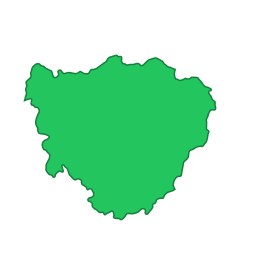 outline of San José de Las Matas, Santiago, Dominican Republic, rotated 253°
{"feature_id": "3306468B48570951315042", "entity_name": "San José de Las Matas", "entity_type": "district", "adm_level": 2, "iso_a3": "DOM", "parent_name": "Dominican Republic", "parent_adm1": "Santiago", "projection": "albers", "projection_center": [-71.019, 19.237], "detail": "fine", "context": "isolated", "style": "filled", "palette": "green", "viewbox_px": 256, "rotation_deg": 253, "n_neighbors": 0, "source": "geoboundaries", "source_scale": "gbopen_adm2", "svg_char_len": 5740}
<svg xmlns="http://www.w3.org/2000/svg" viewBox="0 0 256 256"><g transform="rotate(253 128 128)"><path d="M170.2,190.3L171.3,188.7L173.7,186.1L174.5,184.5L175.2,183.7L176.8,182.8L178.9,181.3L179.4,181.1L181.0,180.7L181.9,180.3L185.9,176.4L186.4,175.7L186.9,175.0L187.0,174.3L187.1,173.1L187.1,169.1L187.0,167.6L186.7,166.8L185.7,164.7L183.9,161.3L183.7,160.5L183.6,159.7L183.8,158.9L184.1,158.5L184.7,158.0L186.2,157.2L186.7,156.6L186.9,156.1L187.1,155.0L187.2,151.3L188.0,149.1L188.3,146.2L188.5,145.4L188.8,145.0L190.0,143.9L191.0,142.2L191.6,141.7L192.1,141.5L193.0,141.4L194.2,141.4L195.1,141.7L196.6,142.4L197.4,142.5L198.1,142.3L198.6,141.7L199.0,139.7L199.2,139.4L200.5,138.7L200.9,138.1L201.0,136.6L201.0,132.3L201.0,131.1L200.8,130.2L200.2,129.1L198.2,126.9L197.6,125.9L197.2,124.1L196.5,122.4L196.0,120.6L195.4,119.2L194.9,117.3L194.2,115.7L194.1,115.1L194.0,113.9L194.0,112.4L194.2,111.5L194.6,110.2L194.5,109.7L194.2,109.1L192.6,107.4L192.0,106.6L191.7,105.8L191.8,104.5L191.9,104.0L193.2,101.6L194.3,100.4L195.7,99.4L195.9,99.0L196.0,98.3L195.4,97.1L195.2,96.2L195.2,94.4L195.4,93.5L198.3,87.8L198.5,86.6L198.6,83.6L198.8,82.6L199.3,82.0L200.6,81.4L202.7,80.7L203.0,80.4L203.3,79.6L203.3,78.8L203.2,78.2L202.6,77.6L201.9,77.4L199.6,77.3L199.1,77.2L198.7,76.9L197.5,75.0L197.4,73.9L197.5,73.1L198.0,72.2L199.0,71.7L200.2,71.5L203.9,71.6L204.7,71.5L205.2,71.2L206.7,69.4L208.8,67.1L209.8,66.4L211.2,65.6L211.7,65.1L213.2,63.1L213.8,62.6L214.8,62.3L215.4,61.5L215.8,60.8L216.0,59.4L215.8,58.0L214.6,55.4L214.3,54.9L213.3,53.9L212.4,53.2L211.2,52.6L209.1,51.1L208.3,50.8L205.9,50.5L205.0,50.0L204.4,49.1L202.8,45.6L201.7,44.0L200.8,43.7L198.6,43.6L197.5,43.3L196.8,42.9L195.5,41.8L194.7,41.5L193.9,41.3L191.4,41.2L190.5,41.0L189.8,40.6L188.3,39.3L186.8,38.6L184.5,37.1L184.7,39.2L184.7,42.0L184.6,43.1L184.2,43.8L183.7,44.2L183.2,44.2L181.5,43.4L180.0,42.6L179.2,42.4L178.5,42.5L177.9,42.9L177.3,44.2L176.9,44.5L175.6,44.9L175.0,45.4L174.6,46.0L174.0,47.6L173.7,47.9L173.2,48.1L172.1,48.2L170.9,48.2L170.0,48.0L169.4,47.8L168.7,47.2L166.5,45.2L165.3,44.3L164.5,43.6L162.6,42.4L160.3,41.3L159.1,41.1L157.3,41.1L156.1,41.2L154.6,41.7L152.5,41.1L150.4,41.0L149.6,41.1L148.9,41.5L147.9,43.2L147.3,44.6L146.0,47.2L144.0,49.5L143.3,49.9L142.8,50.1L142.3,50.0L141.9,49.8L141.0,48.1L140.8,47.3L140.5,44.8L140.3,44.1L139.5,42.8L139.1,42.2L137.1,41.1L136.3,40.9L134.8,40.8L133.3,40.9L132.2,41.1L131.7,41.5L131.2,42.6L130.9,43.0L129.2,43.5L125.8,45.2L124.8,45.3L124.1,45.1L121.8,43.8L117.7,39.8L116.5,38.9L115.8,38.6L114.2,38.2L112.6,37.5L111.2,37.3L109.1,37.9L107.0,38.8L106.3,39.5L105.6,40.8L105.2,41.3L103.1,42.0L102.7,42.4L102.6,42.9L102.6,43.5L102.9,44.0L103.3,44.2L104.7,44.9L105.8,46.6L106.8,49.0L106.9,49.8L106.7,50.3L105.3,51.9L105.1,52.3L105.1,52.8L105.2,53.2L105.7,53.5L106.2,53.6L109.8,53.5L111.2,53.7L111.6,54.1L111.7,54.5L111.7,55.2L111.2,55.8L109.4,56.4L107.5,57.7L106.8,58.0L105.6,58.2L102.0,58.2L100.5,58.3L95.4,60.8L94.5,61.5L93.9,62.3L93.8,63.0L94.1,64.3L94.1,65.0L93.8,65.7L93.0,67.2L92.4,67.6L91.1,68.1L90.7,68.1L89.7,67.6L88.9,67.5L88.1,67.5L87.5,67.6L86.8,68.1L85.0,69.8L84.1,70.5L83.3,70.7L81.8,70.8L81.1,71.0L80.8,71.4L80.7,71.8L81.1,73.0L81.1,73.6L80.4,75.0L79.8,75.4L77.4,75.7L75.9,76.2L75.2,76.0L73.4,75.2L72.7,74.4L72.5,73.6L72.4,70.5L72.2,69.7L71.6,68.9L70.9,68.6L70.4,68.6L69.7,68.9L69.2,69.4L68.4,70.6L66.8,71.5L65.8,71.7L64.2,71.0L63.4,71.0L62.7,71.2L60.7,72.2L60.0,72.9L59.1,74.0L56.3,75.5L55.7,76.0L55.2,76.9L54.9,78.9L54.6,79.5L53.9,79.9L52.4,80.0L52.0,80.3L51.8,80.7L51.8,81.2L52.5,82.9L52.9,86.3L53.4,87.8L53.3,88.3L53.1,88.7L52.5,89.1L52.0,89.3L48.7,89.3L48.1,88.6L47.6,88.3L47.1,88.2L46.3,88.3L45.9,88.6L44.8,90.8L44.3,92.5L43.7,93.3L42.6,94.1L42.4,94.8L42.4,95.6L42.5,96.1L43.6,98.3L44.3,99.3L46.0,101.1L46.4,102.0L45.6,105.1L44.9,106.5L44.7,107.3L44.5,108.8L44.5,111.2L44.7,113.3L46.5,117.0L46.7,117.5L46.7,118.3L45.9,119.8L45.6,120.2L45.2,120.5L44.7,120.6L44.0,120.5L43.5,120.4L42.2,119.7L41.7,119.6L41.2,119.7L40.7,119.9L40.4,120.2L40.1,120.7L40.0,120.9L40.1,121.7L40.4,122.2L41.8,124.0L42.7,125.7L44.7,128.3L45.3,128.6L47.0,128.9L47.6,129.2L47.9,129.8L48.1,131.6L48.4,132.4L49.1,133.1L50.6,134.0L51.2,134.8L51.5,135.9L51.5,137.9L51.3,139.0L50.7,140.2L50.6,140.9L50.9,141.5L52.3,142.6L53.3,143.6L53.7,144.3L54.7,146.4L54.9,147.9L55.0,152.4L55.1,153.2L55.7,155.0L57.6,154.5L58.8,154.5L60.1,154.6L60.9,154.8L63.0,155.9L63.6,156.3L64.9,157.5L66.1,158.8L67.0,160.9L67.1,161.8L66.7,163.1L66.6,163.8L66.7,164.5L67.0,164.9L68.7,165.9L69.9,166.5L75.9,169.6L76.9,170.0L78.8,171.1L79.1,171.4L80.0,172.9L80.7,174.6L81.9,176.5L83.7,177.7L87.3,179.3L88.0,180.0L88.3,180.5L88.5,181.3L88.7,184.6L89.4,186.3L89.7,187.7L89.7,189.5L89.6,191.0L89.4,191.9L88.8,193.2L88.7,193.7L88.8,194.2L89.2,195.0L90.4,196.5L91.4,198.2L92.2,199.0L92.9,199.6L95.3,201.0L98.9,202.8L100.4,204.0L101.0,204.3L101.8,204.2L103.4,203.0L103.9,202.8L104.4,202.8L104.9,202.9L106.3,203.5L108.1,204.0L109.8,204.7L112.2,205.1L113.0,205.3L113.9,206.0L116.0,207.9L117.7,208.8L118.3,209.3L119.6,210.5L120.5,211.6L120.9,212.3L120.9,213.4L120.7,214.2L120.1,215.5L120.0,216.3L120.2,216.8L120.5,217.2L121.4,217.7L125.0,218.0L126.6,218.7L127.6,218.8L128.1,218.6L129.9,217.3L130.6,216.9L131.5,216.8L134.3,216.6L134.8,216.4L136.4,215.7L137.8,215.5L138.6,215.6L139.2,216.0L139.5,216.6L139.6,218.0L139.7,218.5L140.0,218.8L140.5,218.9L141.2,218.6L142.2,217.7L143.8,215.8L144.5,214.4L145.5,213.5L147.8,212.4L149.9,211.9L153.6,210.1L155.6,209.4L156.7,207.4L157.2,205.6L157.9,203.7L157.7,202.7L157.1,201.4L157.1,200.3L157.4,199.3L158.5,197.8L158.7,197.1L158.2,195.2L158.1,194.4L158.2,191.9L158.6,190.9L160.0,189.7L160.8,188.2L161.5,187.8L162.3,187.7L164.4,187.8L165.8,188.0L168.5,189.2L170.2,190.3Z" fill="#22c55e" stroke="#15803d" stroke-width="1.5"/></g></svg>